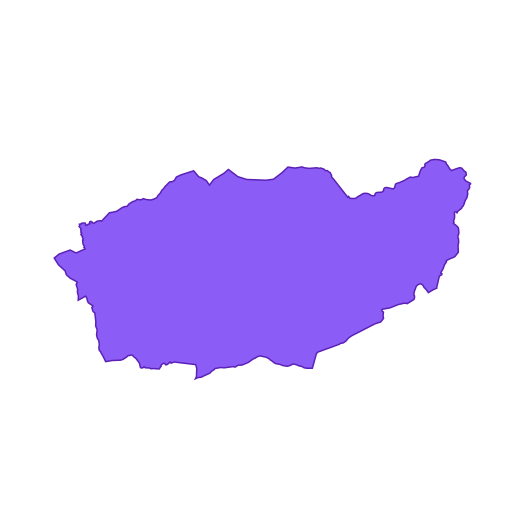 Cicanesti, Arges, Romania (Mercator projection), rotated 106°
{"feature_id": "2599482B56570346904834", "entity_name": "Cicanesti", "entity_type": "district", "adm_level": 2, "iso_a3": "ROU", "parent_name": "Romania", "parent_adm1": "Arges", "projection": "mercator", "projection_center": [24.6, 45.264], "detail": "fine", "context": "isolated", "style": "filled", "palette": "violet", "viewbox_px": 512, "rotation_deg": 106, "n_neighbors": 0, "source": "geoboundaries", "source_scale": "gbopen_adm2", "svg_char_len": 5243}
<svg xmlns="http://www.w3.org/2000/svg" viewBox="0 0 512 512"><g transform="rotate(106 256 256)"><path d="M313.6,449.4L318.9,443.5L322.9,435.4L326.3,433.1L328.6,428.4L329.9,422.1L330.5,420.5L332.8,421.1L337.3,418.2L339.1,418.0L341.5,417.0L341.9,416.5L343.5,415.7L347.5,414.7L341.6,408.8L343.0,407.1L345.8,405.5L347.2,404.3L348.9,399.0L350.9,399.6L354.3,397.3L355.1,395.3L362.9,392.0L367.5,390.8L370.6,388.4L375.8,387.5L378.6,386.0L380.7,383.8L383.4,382.6L384.8,382.1L387.1,381.9L389.5,380.9L390.2,380.2L390.8,379.0L392.1,378.0L394.7,375.2L398.1,372.2L399.0,371.4L396.2,365.7L394.2,359.7L393.4,357.3L391.9,355.2L389.0,352.7L387.0,351.5L386.5,350.0L385.6,348.8L385.5,347.3L386.4,346.0L387.5,343.3L389.3,340.9L391.1,338.6L395.0,336.4L395.3,335.4L394.6,333.9L393.3,332.9L394.0,331.7L393.0,327.4L393.3,326.3L393.3,325.7L392.6,323.9L392.1,322.1L392.0,321.0L391.2,317.8L390.5,317.7L388.0,316.8L387.2,317.3L386.9,317.1L385.5,316.1L384.6,315.2L384.6,313.6L385.3,313.2L385.5,312.7L385.4,312.3L384.8,311.5L383.4,310.4L381.7,309.6L381.7,309.0L382.2,308.7L382.3,307.9L380.4,305.4L379.9,301.8L378.2,291.3L377.0,284.0L380.6,281.9L384.7,280.9L388.3,280.0L390.7,280.4L389.1,278.6L388.2,276.7L387.3,274.8L385.8,273.3L381.9,268.7L380.9,267.8L379.1,267.0L376.9,265.0L375.7,264.6L375.0,263.5L372.9,259.1L372.3,255.9L370.2,251.1L368.6,247.4L368.6,245.7L368.0,244.8L367.0,244.2L365.7,242.5L364.7,239.4L363.5,237.9L360.4,234.0L357.2,231.5L355.5,230.1L354.7,228.9L352.2,226.7L350.9,224.5L350.5,218.2L351.3,214.7L352.1,213.3L352.5,211.7L353.6,209.4L354.0,207.3L353.6,203.1L353.9,199.8L353.4,195.6L352.3,193.6L349.5,190.5L349.4,188.2L349.4,187.0L349.8,183.9L349.5,181.9L350.2,178.9L349.9,176.3L348.4,170.9L342.7,170.9L338.1,171.0L333.5,171.0L331.4,170.2L329.1,167.0L326.8,163.9L325.1,161.5L323.4,159.1L319.0,153.2L318.0,151.7L316.4,150.5L316.0,149.0L315.4,148.1L313.0,146.1L309.5,144.6L306.6,142.3L304.0,139.6L300.7,136.0L297.3,132.4L292.3,127.1L288.3,122.8L285.0,117.9L280.8,116.2L278.4,117.4L274.9,118.0L274.6,118.4L274.5,119.3L274.1,119.7L272.5,120.1L270.9,116.9L268.9,112.9L266.2,109.4L263.5,105.9L260.4,100.3L260.1,97.5L255.5,93.3L254.1,92.1L252.3,92.1L250.5,92.7L250.0,93.6L246.5,94.0L241.1,93.6L239.2,92.7L237.2,90.2L238.0,87.6L239.9,85.8L241.1,83.5L243.7,80.2L239.8,76.6L237.1,73.4L236.8,73.6L224.8,74.2L222.8,72.3L221.8,72.4L221.5,73.8L216.5,72.6L212.5,72.4L209.2,71.3L208.7,71.9L208.4,71.8L207.7,71.5L204.6,68.1L203.1,66.0L201.7,64.6L196.7,62.6L195.3,62.9L192.5,63.9L190.1,64.7L186.7,65.0L183.8,66.1L182.1,67.2L180.9,67.5L179.8,67.2L177.7,67.4L175.2,68.3L172.9,69.4L171.6,71.8L170.2,75.2L168.8,75.0L168.4,75.5L167.4,75.9L166.1,75.6L164.5,75.7L163.6,75.9L161.8,76.4L160.4,77.0L159.2,77.2L158.3,76.2L158.3,75.8L159.1,74.7L158.6,74.6L157.1,74.2L155.1,72.7L153.8,71.7L153.6,71.6L152.4,71.4L152.0,71.3L151.1,70.8L150.8,70.6L148.5,70.3L146.6,70.3L145.4,70.1L145.0,70.3L144.5,70.1L141.9,69.3L137.7,69.6L136.4,70.3L134.6,70.8L133.8,70.1L132.2,69.5L130.5,69.7L128.9,70.6L127.6,69.6L127.0,69.8L126.8,71.4L126.5,72.5L126.3,74.3L125.5,75.7L124.6,77.1L123.7,77.5L122.3,77.4L120.4,76.2L118.4,76.8L117.4,77.6L117.0,79.1L114.9,82.3L114.8,84.2L116.6,87.1L120.0,91.7L118.6,94.1L117.3,95.4L116.3,96.5L115.2,98.1L113.3,99.6L113.2,102.0L113.0,105.2L113.1,107.1L113.5,108.8L114.0,111.1L115.8,114.7L118.2,116.5L120.3,118.6L121.4,119.0L123.1,118.3L124.2,118.7L125.5,120.8L128.6,121.5L132.4,121.7L134.5,121.7L136.0,124.6L137.3,126.7L137.6,129.5L140.4,132.4L142.3,134.0L145.7,138.1L147.7,141.1L148.6,141.7L152.2,141.6L153.7,142.7L153.8,143.9L154.0,148.2L154.3,150.0L155.1,151.1L156.1,151.6L156.8,151.7L157.6,151.4L158.8,151.7L160.0,152.7L161.0,155.7L161.6,157.3L162.3,158.1L163.4,158.7L164.9,158.4L165.6,159.1L165.9,160.6L166.0,162.1L165.3,164.3L165.2,166.2L165.6,168.3L166.4,170.1L167.3,171.1L169.1,172.6L170.3,174.0L171.9,175.2L173.0,175.9L174.2,179.1L174.6,181.9L173.2,183.4L174.2,184.0L160.4,203.1L159.5,204.9L157.6,205.7L155.4,207.6L155.2,208.8L154.2,211.1L154.9,212.6L153.8,214.4L153.6,218.1L154.4,219.7L154.4,221.8L157.1,229.0L157.9,234.0L157.6,236.1L160.7,242.7L161.7,249.8L168.8,254.0L177.4,260.4L180.4,267.3L185.0,286.1L184.7,295.4L180.4,306.4L185.2,309.5L194.1,317.7L200.7,320.3L197.2,324.6L195.9,329.6L195.6,333.0L191.3,339.4L195.0,345.0L198.7,350.5L202.0,354.3L205.7,355.2L207.6,356.9L208.4,359.1L209.0,359.7L212.3,361.4L213.7,362.3L215.6,363.1L216.5,363.2L218.4,364.5L219.8,364.9L221.8,365.3L224.8,366.8L227.4,367.5L228.8,369.1L231.1,372.3L232.0,376.9L231.9,380.2L233.6,381.8L234.2,384.5L234.3,386.1L236.1,387.1L237.7,389.5L239.7,391.4L241.2,392.6L243.6,393.4L245.2,396.7L246.8,398.4L251.3,402.1L253.2,405.4L254.8,408.8L264.0,413.5L265.0,413.9L265.0,415.4L266.3,418.3L269.3,420.9L269.1,422.6L268.7,422.6L268.2,424.3L268.9,425.2L269.6,425.3L270.4,424.7L271.0,424.7L271.0,425.2L272.4,426.8L273.2,427.1L273.0,427.9L273.2,428.3L272.5,428.8L271.5,429.0L271.9,431.2L272.7,432.8L273.3,432.7L274.1,434.5L275.5,433.8L276.4,434.2L278.0,431.8L279.0,431.8L280.3,431.0L280.9,431.0L281.5,430.3L282.0,430.6L282.6,429.8L283.5,429.8L283.8,430.1L284.8,428.3L285.5,428.4L286.9,427.1L288.5,426.6L288.6,427.0L291.9,425.7L293.0,424.9L293.8,423.7L294.8,423.5L295.1,423.8L296.3,422.2L302.7,429.8L301.5,436.3L308.4,445.8L313.6,449.4Z" fill="#8b5cf6" stroke="#5b21b6" stroke-width="1.5"/></g></svg>